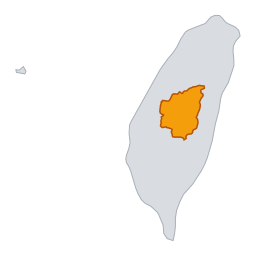 Taiwan, with Nantou highlighted
{"feature_id": "TWN-1173", "entity_name": "Nantou", "entity_type": "County", "adm_level": 1, "iso_a3": "TWN", "parent_name": "Taiwan", "parent_adm1": "", "projection": "mercator", "projection_center": [120.982, 23.84], "detail": "fine", "context": "in_parent", "style": "filled", "palette": "amber", "viewbox_px": 256, "rotation_deg": 0, "n_neighbors": 0, "source": "natural_earth", "source_scale": "10m", "svg_char_len": 2316}
<svg xmlns="http://www.w3.org/2000/svg" viewBox="0 0 256 256"><path d="M183.5,194.4L179.6,202.2L176.6,210.4L175.4,218.2L175.4,226.3L174.6,233.5L173.1,240.6L167.1,238.6L163.8,233.5L163.1,225.1L158.8,214.9L157.1,212.0L150.9,206.3L145.2,203.4L140.8,199.2L141.4,199.6L138.1,193.9L135.7,187.9L130.6,170.7L128.8,166.5L126.5,162.7L125.8,159.0L126.6,154.8L128.8,148.6L130.1,142.3L129.1,133.7L129.5,125.2L131.1,121.5L160.1,69.6L168.0,58.5L172.8,53.0L176.9,46.9L180.7,39.1L185.4,32.0L188.8,29.8L205.4,23.4L210.6,17.3L214.8,15.4L219.5,15.5L222.5,18.4L225.2,21.8L228.1,23.7L235.4,27.1L238.7,30.4L240.1,36.0L235.6,41.3L233.4,46.1L233.0,51.4L233.8,58.6L233.9,65.8L228.3,82.6L222.3,93.1L220.7,98.3L218.8,111.2L215.3,124.2L212.3,140.6L207.4,157.5L204.6,164.5L201.1,171.2L192.8,184.0L183.5,194.4ZM23.3,66.6L26.0,71.1L24.8,73.9L16.4,72.4L15.9,69.7L19.1,70.2L23.3,66.6Z" fill="#d9dde1" stroke="#a8b0b8" stroke-width="1"/><path d="M199.8,85.4L200.9,85.7L204.1,86.0L204.4,87.4L204.4,88.3L203.2,88.9L201.7,89.4L200.8,90.1L200.9,92.4L201.5,93.1L202.8,93.9L203.1,95.0L203.0,95.9L201.2,98.3L200.0,100.8L199.4,102.6L199.9,103.4L200.3,104.4L200.2,106.2L199.8,108.5L199.1,110.6L198.2,112.5L197.6,114.2L197.5,115.1L196.2,117.3L196.7,118.2L197.5,119.2L197.7,120.4L198.0,122.1L197.7,124.1L196.9,127.0L196.5,128.2L195.5,129.0L193.7,129.6L192.8,130.8L192.5,132.8L191.2,133.9L189.5,134.0L187.8,134.4L186.5,135.3L186.2,136.2L185.8,136.8L186.2,138.3L185.5,138.9L184.1,139.8L184.0,139.3L183.0,137.9L181.6,137.4L180.6,137.2L180.4,137.1L174.4,137.1L172.6,136.7L172.3,135.8L172.3,134.5L171.6,133.0L171.3,131.8L172.0,130.6L172.1,129.4L170.9,128.7L170.0,128.5L168.4,127.8L166.9,127.7L166.3,126.9L164.4,127.1L162.8,127.6L161.4,127.0L160.5,125.9L160.7,124.5L161.2,123.3L160.9,121.5L161.2,119.8L161.7,118.7L161.2,117.0L161.8,116.6L162.3,116.1L163.2,115.8L163.5,114.9L162.2,114.3L161.3,113.9L160.4,113.2L159.9,111.7L160.1,108.5L160.4,107.0L160.4,105.7L160.8,104.4L161.3,103.3L161.1,102.4L161.4,101.7L162.4,101.4L162.4,100.5L163.4,100.5L167.6,101.1L168.6,101.0L169.8,99.9L171.5,96.5L172.4,94.5L173.9,93.8L176.3,94.1L177.7,94.1L179.0,92.3L179.7,91.8L181.8,93.4L182.7,93.2L183.3,91.9L184.4,91.0L185.9,91.0L187.1,90.6L188.9,88.8L190.1,88.1L191.2,87.9L193.2,86.8L194.7,86.8L196.1,86.5L198.7,85.5L199.8,85.4Z" fill="#f59e0b" stroke="#b45309" stroke-width="1.5"/></svg>